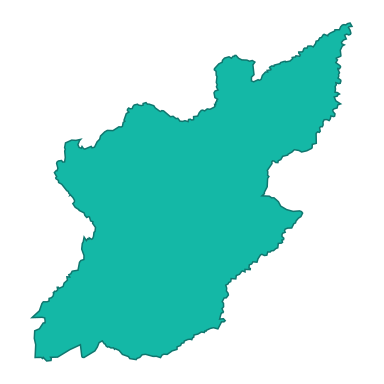 Zacualpan, Veracruz, Mexico
{"feature_id": "50627088B74691902992320", "entity_name": "Zacualpan", "entity_type": "district", "adm_level": 2, "iso_a3": "MEX", "parent_name": "Mexico", "parent_adm1": "Veracruz", "projection": "albers", "projection_center": [-98.327, 20.505], "detail": "fine", "context": "isolated", "style": "filled", "palette": "teal", "viewbox_px": 384, "rotation_deg": 0, "n_neighbors": 0, "source": "geoboundaries", "source_scale": "gbopen_adm2", "svg_char_len": 5871}
<svg xmlns="http://www.w3.org/2000/svg" viewBox="0 0 384 384"><path d="M223.4,311.9L222.0,308.6L223.6,306.8L223.5,303.3L222.2,301.7L224.1,298.0L226.3,297.8L228.4,295.0L228.0,293.1L226.4,291.0L226.7,288.1L225.7,285.2L228.2,283.8L228.7,282.5L230.7,281.6L231.2,278.6L235.8,278.9L236.3,275.5L239.5,274.3L241.7,271.3L242.7,271.0L245.0,271.9L245.0,269.4L250.2,269.6L250.3,268.5L248.9,267.8L249.4,264.7L251.6,264.0L253.0,261.8L257.0,262.2L258.0,258.8L260.5,254.9L261.9,254.3L264.4,255.5L266.8,255.2L267.7,252.0L270.3,252.0L271.3,250.8L273.6,250.6L275.8,248.6L277.8,247.8L278.3,243.4L281.4,243.1L282.5,242.3L281.9,240.1L283.6,239.6L283.8,238.2L282.0,236.5L282.0,234.5L282.7,233.2L285.2,232.3L284.5,230.6L285.2,229.1L287.7,228.1L291.7,228.0L293.8,223.7L295.5,222.9L296.0,221.1L298.4,218.2L300.9,216.6L302.6,213.1L301.5,211.6L299.6,210.9L293.1,211.4L286.6,209.6L280.7,206.1L278.4,201.7L274.0,197.8L271.6,197.8L269.3,196.2L262.0,195.8L264.4,193.7L264.3,192.4L267.2,186.8L267.6,178.4L268.9,176.5L267.6,175.3L267.8,171.9L267.3,170.4L272.0,163.6L271.8,161.8L272.5,160.9L274.0,161.0L275.7,162.5L277.9,162.6L278.3,160.7L280.8,159.6L282.7,156.3L287.7,155.1L288.1,154.2L292.0,152.0L294.3,149.7L299.0,150.5L301.6,152.0L306.8,150.8L311.4,148.5L312.1,147.8L312.3,144.4L316.3,143.3L316.1,133.4L317.6,131.8L319.3,132.4L320.2,131.3L319.6,127.9L320.5,126.7L322.3,126.7L323.1,125.0L323.0,122.0L324.2,119.7L327.1,119.6L329.1,120.6L330.3,118.9L330.9,116.0L333.7,116.6L334.6,116.2L335.0,113.9L333.1,111.7L332.7,110.1L334.1,108.8L337.1,108.0L337.8,104.9L340.6,103.9L335.9,100.9L334.2,97.0L337.3,96.1L337.5,95.1L339.5,94.0L337.5,92.6L335.0,92.2L335.5,89.0L335.1,86.6L336.3,84.8L335.9,82.7L338.7,83.6L340.2,83.3L340.9,81.0L340.7,80.1L338.0,78.1L338.8,76.1L338.5,74.4L339.5,72.8L337.8,69.0L337.9,68.4L339.5,68.8L340.6,66.9L340.0,65.7L335.8,62.6L337.5,59.9L336.2,58.8L336.3,58.1L340.7,56.2L340.9,55.5L340.3,50.2L342.3,46.0L344.3,44.9L341.8,43.8L341.5,42.3L343.5,40.0L346.3,39.0L344.6,35.2L346.7,34.1L348.8,35.0L350.4,34.3L350.9,33.2L350.0,30.0L348.4,27.5L349.1,26.7L352.0,26.4L350.1,23.0L347.6,23.6L345.7,24.9L343.9,24.6L342.3,25.1L340.6,26.9L339.5,29.7L334.9,29.8L334.7,31.0L330.2,33.1L328.1,34.7L327.8,35.8L324.1,34.3L323.2,34.8L321.5,37.5L319.7,37.9L318.4,40.5L316.1,41.2L315.6,43.4L313.3,46.9L311.1,46.0L307.9,46.1L307.0,48.1L304.5,48.1L303.7,48.9L303.1,51.0L302.1,51.9L298.7,52.0L298.8,53.2L300.3,54.9L299.6,56.3L295.9,55.8L295.5,56.9L292.2,57.5L292.6,58.7L289.9,61.1L285.7,61.9L285.3,61.3L283.9,61.5L280.5,62.6L280.2,63.6L274.2,65.1L273.9,66.3L271.9,65.9L269.9,67.0L269.5,67.7L271.0,69.1L270.7,69.9L267.1,70.4L267.7,72.0L265.5,72.0L262.4,75.4L261.1,79.4L259.3,80.3L258.1,79.7L253.7,81.8L251.4,80.9L251.5,77.1L254.0,74.7L252.9,64.9L254.9,62.1L252.3,60.5L249.5,61.2L246.9,60.1L241.9,59.9L238.6,58.3L236.0,55.4L234.9,55.4L234.3,56.4L233.2,56.2L231.4,58.2L229.0,56.8L224.5,58.1L222.5,60.3L222.2,62.2L218.8,63.9L214.5,68.6L214.3,69.8L216.1,71.3L216.2,75.3L217.0,76.5L216.3,82.5L217.3,84.9L216.4,86.8L218.0,90.0L215.1,91.0L214.0,92.8L214.9,97.6L217.6,99.2L216.7,100.3L216.8,101.3L215.7,102.3L215.6,104.6L214.6,104.4L214.9,106.6L214.1,107.2L210.0,109.3L207.2,108.9L204.7,110.9L202.7,110.1L201.3,110.4L199.3,112.6L197.7,116.1L193.6,116.6L193.6,119.6L191.8,120.1L190.3,119.2L188.6,119.5L188.1,121.6L184.9,120.7L182.8,121.4L180.0,121.2L177.8,118.3L176.0,118.6L173.1,116.3L170.4,116.7L163.6,110.9L161.8,110.6L160.5,111.5L159.3,110.9L155.2,107.9L153.8,105.7L149.0,104.1L147.4,104.2L146.0,102.6L143.1,103.5L143.1,105.1L141.4,105.6L138.5,105.1L137.5,104.2L134.2,105.0L133.0,106.4L132.3,108.5L130.3,108.8L128.7,108.0L127.5,109.3L127.4,110.5L128.8,112.1L126.3,113.6L124.0,120.2L124.9,121.2L123.2,122.4L122.4,126.4L121.2,127.0L118.9,126.8L113.0,130.6L107.3,130.4L104.7,131.9L100.5,136.0L99.7,139.2L97.1,141.8L94.5,147.2L92.0,147.8L91.2,146.4L84.8,149.1L83.4,148.5L82.0,146.5L81.2,148.3L79.1,147.4L77.9,144.7L79.5,140.6L80.6,139.4L75.9,140.4L71.7,140.1L65.5,142.9L64.6,147.8L65.3,149.0L64.7,151.1L65.3,157.6L64.6,161.9L62.8,162.1L61.5,160.5L58.3,161.0L57.0,162.1L56.6,163.4L57.9,168.3L57.0,170.7L56.2,170.6L54.4,172.6L56.7,176.7L55.7,177.9L56.0,178.7L58.4,180.4L58.6,182.5L61.7,184.2L66.8,190.7L68.2,191.4L68.9,193.4L70.4,194.7L70.1,195.2L70.5,195.0L72.9,197.5L74.5,200.3L74.3,202.2L72.8,203.6L75.2,207.3L78.8,209.6L79.1,210.4L84.1,212.9L84.9,215.4L86.7,217.5L88.6,216.6L89.5,217.1L90.6,220.9L92.9,221.8L92.6,223.3L95.5,227.5L95.0,231.5L94.0,232.3L93.5,236.4L92.6,238.6L91.6,239.3L89.2,237.8L88.8,239.2L87.7,238.7L86.4,240.6L84.1,237.1L83.2,241.9L82.3,243.5L81.7,249.1L84.0,255.5L83.9,259.5L80.9,260.5L79.5,262.3L78.0,270.2L72.2,271.2L70.7,273.9L68.8,274.7L69.7,277.0L66.9,276.8L67.4,280.2L64.1,283.1L63.1,286.5L59.2,288.3L58.3,287.2L57.2,287.3L57.7,289.8L56.0,291.4L54.7,291.2L53.3,292.8L53.8,293.1L53.1,296.0L51.5,297.7L49.1,298.4L49.0,301.1L47.0,301.8L43.3,301.8L41.9,303.6L39.4,310.8L32.0,317.6L42.1,317.3L44.7,317.9L45.1,320.7L45.0,322.8L43.2,323.0L39.4,328.8L34.7,330.8L34.3,338.4L35.7,344.7L35.1,357.5L41.1,357.4L42.6,358.5L43.2,357.4L46.7,361.0L51.0,360.5L51.3,358.5L50.5,357.3L57.6,357.1L69.9,349.6L80.4,344.7L81.8,356.2L82.4,357.3L84.0,357.5L94.9,350.9L97.3,347.1L99.1,342.6L102.3,340.9L104.3,343.8L105.1,343.9L106.2,346.1L107.7,347.1L108.8,346.7L110.8,347.9L113.6,347.9L114.5,349.3L115.3,348.7L119.1,350.4L122.4,354.4L128.5,356.6L129.8,358.6L136.2,359.6L137.0,358.4L139.8,357.4L142.2,354.7L145.6,354.3L153.1,356.4L156.5,356.3L160.5,357.6L162.0,355.1L163.8,354.2L167.2,354.4L172.1,350.9L177.0,349.4L177.1,346.8L180.6,345.5L181.5,343.3L183.9,342.8L184.3,341.0L187.8,339.5L190.2,339.2L191.8,339.7L192.6,337.7L193.7,337.3L194.0,335.0L197.9,334.1L201.4,332.0L204.4,332.5L204.7,331.1L206.1,331.1L206.4,330.3L210.4,328.4L213.5,327.7L217.9,328.9L221.5,321.9L224.0,321.8L225.2,320.7L223.4,318.7L219.6,319.1L220.9,314.2L221.7,312.8L222.9,312.7L223.4,311.9Z" fill="#14b8a6" stroke="#0f766e" stroke-width="1.5"/></svg>